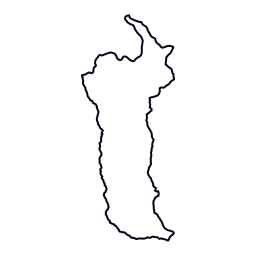 outline of Nova Ponte, Minas Gerais, Brazil
{"feature_id": "56859067B80558453593269", "entity_name": "Nova Ponte", "entity_type": "district", "adm_level": 2, "iso_a3": "BRA", "parent_name": "Brazil", "parent_adm1": "Minas Gerais", "projection": "orthographic", "projection_center": [-47.697, -19.247], "detail": "fine", "context": "isolated", "style": "outline", "palette": "ink", "viewbox_px": 256, "rotation_deg": 0, "n_neighbors": 0, "source": "geoboundaries", "source_scale": "gbopen_adm2", "svg_char_len": 5829}
<svg xmlns="http://www.w3.org/2000/svg" viewBox="0 0 256 256"><path d="M129.1,15.4L127.8,15.6L126.4,16.0L125.5,16.8L125.1,17.8L125.0,19.2L126.0,20.3L126.7,21.2L127.5,22.3L128.9,23.3L130.3,24.1L131.9,24.7L133.3,25.3L134.0,26.5L134.6,28.0L134.9,29.0L135.6,30.1L136.2,31.2L136.8,32.0L137.6,33.0L138.4,33.9L139.5,35.0L140.6,36.0L141.3,37.1L141.9,38.5L142.5,40.0L142.8,41.2L142.4,42.6L142.2,45.0L141.8,46.5L141.7,48.3L141.8,49.4L141.8,51.7L141.6,53.4L141.1,55.0L140.1,56.3L138.8,56.9L137.5,57.6L136.2,58.5L135.4,59.5L134.7,60.2L133.9,61.0L132.8,61.1L131.6,60.8L130.7,60.4L129.5,59.6L128.5,58.7L127.7,57.9L126.8,57.2L125.7,56.6L124.2,56.5L123.0,57.0L122.4,58.4L121.9,59.3L120.9,59.9L119.5,60.0L118.6,59.5L117.6,58.9L116.9,57.8L116.4,56.3L115.7,54.9L114.8,53.8L113.7,53.3L112.3,52.8L111.1,52.5L109.9,52.6L108.9,52.9L107.9,53.2L106.8,53.6L105.5,54.1L104.0,54.7L103.0,55.1L102.1,55.4L100.8,55.2L99.7,55.0L98.8,55.6L98.1,56.7L97.3,57.8L96.5,58.8L95.8,59.7L95.3,60.9L95.1,62.1L95.1,63.3L95.6,64.5L95.9,65.8L95.0,66.6L93.9,67.6L93.5,69.4L93.4,71.3L92.7,72.7L91.2,73.2L89.8,72.6L88.5,72.6L87.5,73.2L86.5,73.8L85.4,74.4L84.3,74.7L83.4,75.0L82.0,75.3L82.2,76.8L82.8,77.7L82.7,79.0L83.1,80.2L83.3,81.4L83.1,82.4L83.0,83.7L83.7,85.2L84.6,86.6L85.3,87.6L85.4,89.0L86.0,90.6L86.6,91.9L87.1,92.8L87.2,94.0L87.5,95.2L87.7,96.3L88.5,97.3L89.4,98.6L90.2,100.0L91.0,100.7L92.3,101.0L92.8,102.6L93.8,103.3L94.6,103.8L95.8,104.3L96.3,105.5L97.0,106.3L96.7,107.5L97.2,108.6L97.9,110.3L98.5,111.8L98.3,113.0L97.9,114.3L97.5,115.8L97.2,117.0L97.1,118.1L96.8,119.1L97.0,120.3L97.5,121.8L98.0,123.0L98.0,124.2L98.7,125.0L99.4,126.2L99.9,127.4L100.5,128.4L102.1,129.5L102.8,130.6L102.2,131.6L101.7,133.0L102.5,134.0L101.7,134.8L101.9,136.1L101.0,137.2L101.2,138.7L101.2,140.3L100.9,141.7L100.3,142.6L99.5,143.2L99.7,144.2L100.1,145.6L100.1,146.9L99.4,148.2L99.6,149.5L100.2,150.8L100.9,152.3L101.5,153.7L101.3,155.5L100.3,156.7L99.6,158.0L99.5,159.7L99.7,161.6L99.6,163.0L100.5,164.2L101.0,165.8L101.5,167.1L101.2,168.4L100.2,169.5L100.5,170.7L101.0,171.7L100.4,172.9L100.8,174.5L101.7,175.7L102.3,176.6L101.7,177.6L102.2,178.6L102.5,179.5L103.4,180.3L103.6,181.4L103.9,182.5L104.8,183.8L104.6,185.2L105.4,186.0L106.0,186.9L106.3,187.9L106.6,189.1L106.1,190.2L105.8,191.2L105.5,192.1L104.5,192.7L104.1,193.7L103.8,194.7L104.0,195.7L104.5,196.8L105.0,197.7L105.6,198.5L106.2,200.0L106.7,201.6L107.2,202.6L107.8,203.4L108.2,205.0L108.7,206.9L108.1,208.2L107.8,209.5L106.8,210.1L106.4,211.2L105.7,212.3L106.0,213.4L105.7,214.4L106.3,215.2L106.9,216.2L107.2,217.3L107.6,218.4L108.3,219.6L109.2,220.4L110.0,221.4L109.9,222.7L110.9,222.9L112.1,223.8L113.8,224.2L114.5,225.4L115.7,225.7L116.5,226.7L117.3,228.0L118.1,229.0L119.0,230.0L119.3,231.3L120.3,231.8L121.3,231.8L122.6,232.3L123.9,232.2L125.1,232.9L126.2,233.6L126.8,234.5L127.7,235.0L128.7,235.3L130.0,236.2L131.2,237.6L132.9,237.8L134.3,238.1L135.7,238.8L137.1,239.0L138.5,238.6L139.5,238.3L140.5,238.5L141.8,238.6L143.3,238.6L144.8,238.5L145.9,238.1L147.0,237.4L148.5,237.6L149.9,237.8L151.2,237.4L152.2,236.7L153.2,236.6L154.2,236.9L155.5,237.1L157.2,237.2L158.2,238.0L159.6,238.9L160.5,238.5L161.4,238.6L162.5,238.7L163.7,239.1L164.6,239.3L165.7,239.6L166.6,240.0L167.9,240.6L168.7,239.6L169.1,238.6L169.6,237.6L170.2,236.6L171.3,235.7L172.1,234.9L172.9,234.4L173.6,233.7L173.7,232.7L173.0,231.8L171.9,231.3L170.6,231.0L169.7,230.6L168.5,230.3L167.4,229.9L166.5,229.4L165.4,228.7L164.4,227.8L163.8,226.9L163.3,225.9L162.8,224.9L162.4,223.5L161.8,222.0L161.0,220.9L160.3,219.8L159.8,218.6L159.1,217.7L158.0,216.3L157.4,214.6L156.1,213.7L154.3,212.8L154.3,210.8L153.8,209.4L153.8,207.9L153.7,206.7L153.5,205.0L153.4,203.9L153.4,202.4L153.6,200.9L154.1,200.0L154.8,198.7L155.4,197.5L156.9,196.5L158.5,195.7L158.6,194.0L158.6,192.6L158.1,191.2L156.5,191.4L155.1,190.7L155.5,189.4L155.9,188.0L154.6,187.3L153.3,185.9L153.2,184.4L152.8,183.2L152.6,182.2L151.9,181.2L151.3,180.0L151.0,178.4L150.3,177.5L149.4,176.6L148.7,175.2L148.0,173.9L147.8,172.4L148.0,171.4L148.5,170.1L148.7,169.1L149.0,167.7L149.8,166.5L150.5,165.2L151.0,163.9L150.8,162.4L150.8,160.7L150.8,159.4L150.6,158.2L151.2,156.7L151.3,154.5L151.0,153.2L151.1,152.1L151.5,151.1L151.6,149.3L151.9,147.6L152.6,146.2L152.2,144.8L152.3,143.8L152.6,142.8L152.9,141.7L153.4,140.8L153.7,139.8L152.7,138.6L152.1,137.2L151.9,135.9L151.8,134.4L151.4,132.6L150.7,131.4L150.0,130.0L149.0,128.3L148.2,127.1L147.4,125.4L147.3,124.1L147.2,122.8L146.8,121.4L146.3,120.4L146.8,119.0L147.0,117.0L146.8,115.4L146.7,114.4L148.0,113.5L148.8,112.9L149.5,112.2L150.4,111.3L151.5,110.6L151.5,108.9L150.6,108.2L149.8,107.4L150.0,106.2L150.3,105.1L149.9,103.5L149.6,102.3L149.8,101.3L150.1,100.1L149.5,98.8L149.9,97.8L150.9,97.4L151.8,97.2L153.2,97.1L154.3,96.5L155.6,96.3L156.8,95.8L158.1,95.0L159.0,93.8L159.4,92.6L159.8,91.4L159.8,90.0L159.6,88.7L160.2,87.8L161.2,87.5L162.2,87.5L163.6,87.7L164.5,87.2L165.6,86.3L166.7,85.3L168.1,84.7L169.0,84.0L169.7,83.2L170.2,82.4L170.9,81.5L171.9,80.8L172.9,80.1L174.0,79.2L174.0,77.9L173.5,76.9L173.4,75.7L173.5,74.1L172.6,73.2L172.2,72.1L172.1,70.9L171.7,69.9L171.1,68.7L170.1,68.0L169.0,67.4L167.8,66.4L167.0,65.5L165.6,64.4L165.8,62.6L166.1,60.4L166.2,58.8L166.3,57.6L167.0,56.5L167.9,55.4L168.9,54.4L170.0,53.6L170.8,52.6L171.4,51.4L172.0,50.1L172.7,48.9L173.3,47.2L172.3,46.4L171.0,46.2L169.3,45.9L168.0,45.9L167.0,46.2L165.6,46.7L164.3,47.2L163.4,47.5L162.4,47.7L161.3,47.1L160.3,46.2L159.9,45.3L158.7,44.3L157.3,43.3L156.6,42.6L156.0,41.4L155.4,40.2L155.2,38.9L154.2,38.0L153.0,37.5L152.0,37.0L150.8,35.9L150.2,34.6L149.4,33.0L148.7,32.0L148.0,30.7L147.5,29.5L147.1,28.5L146.7,27.4L145.9,26.6L145.0,26.0L143.7,25.2L142.6,24.4L142.0,23.3L141.1,22.0L139.5,22.0L138.2,21.6L137.2,21.1L136.1,20.9L134.9,20.3L133.6,19.8L132.6,19.4L131.3,18.7L130.2,18.1L129.5,16.8L129.1,15.4Z" fill="none" stroke="#020617" stroke-width="2"/></svg>